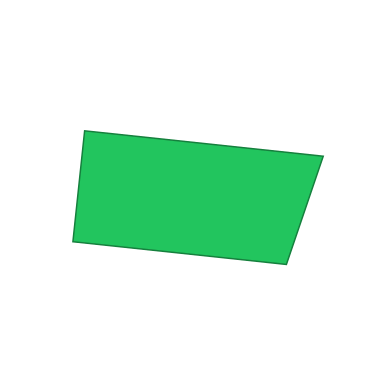 58, Ar Rayyān, Qatar (orthographic projection), rotated 139°
{"feature_id": "91078587B98938999484026", "entity_name": "58", "entity_type": "district", "adm_level": 2, "iso_a3": "QAT", "parent_name": "Qatar", "parent_adm1": "Ar Rayyān", "projection": "orthographic", "projection_center": [51.48, 25.241], "detail": "fine", "context": "isolated", "style": "filled", "palette": "green", "viewbox_px": 384, "rotation_deg": 139, "n_neighbors": 0, "source": "geoboundaries", "source_scale": "gbopen_adm2", "svg_char_len": 228}
<svg xmlns="http://www.w3.org/2000/svg" viewBox="0 0 384 384"><g transform="rotate(139 192 192)"><path d="M168.3,75.4L69.5,132.9L232.9,308.6L314.5,232.6L168.3,75.4Z" fill="#22c55e" stroke="#15803d" stroke-width="1.5"/></g></svg>